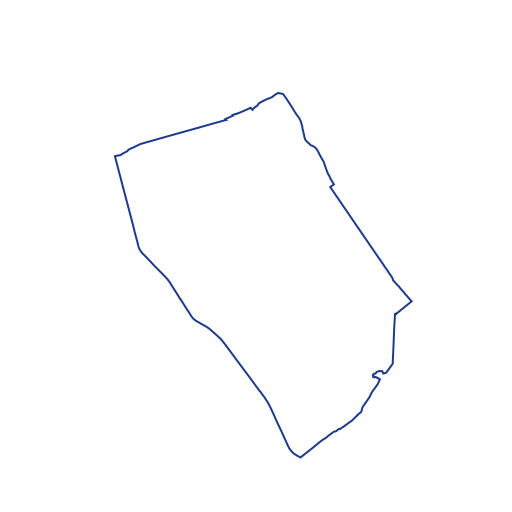 Hillegom, Zuid-Holland, Netherlands, rotated 119°
{"feature_id": "6326949B57976108434899", "entity_name": "Hillegom", "entity_type": "district", "adm_level": 2, "iso_a3": "NLD", "parent_name": "Netherlands", "parent_adm1": "Zuid-Holland", "projection": "mercator", "projection_center": [4.578, 52.295], "detail": "fine", "context": "isolated", "style": "outline", "palette": "blue", "viewbox_px": 512, "rotation_deg": 119, "n_neighbors": 0, "source": "geoboundaries", "source_scale": "gbopen_adm2", "svg_char_len": 5794}
<svg xmlns="http://www.w3.org/2000/svg" viewBox="0 0 512 512"><g transform="rotate(119 256 256)"><path d="M196.8,150.5L196.3,151.5L189.8,164.5L159.7,224.5L155.6,222.6L152.1,228.6L151.3,229.6L150.6,230.5L150.3,230.9L149.8,231.8L149.0,233.2L148.8,233.5L148.7,233.6L148.5,233.8L148.2,234.1L147.2,235.3L145.7,237.1L143.5,239.5L141.1,242.1L140.7,242.7L140.3,243.2L139.6,244.4L138.5,246.4L137.1,248.5L136.9,248.9L136.5,249.6L134.7,252.1L134.4,252.6L134.0,253.2L133.7,253.7L133.2,254.9L133.0,255.4L132.8,255.7L132.6,256.2L132.4,256.9L132.3,257.5L132.3,257.9L132.3,258.1L132.3,258.4L132.3,260.0L132.4,260.6L132.5,261.1L132.5,261.7L132.5,262.3L132.3,262.9L132.1,263.5L131.8,264.5L131.6,265.4L131.4,266.3L131.2,267.2L131.2,267.4L130.9,268.0L130.7,268.5L130.4,269.1L130.1,269.7L129.2,270.5L128.7,271.2L127.9,271.8L126.9,272.5L126.4,273.0L126.0,273.5L123.5,275.7L121.4,277.6L120.7,278.1L120.1,278.5L117.2,281.4L116.3,282.4L115.4,283.7L114.1,285.8L113.4,287.4L112.1,290.1L111.5,291.3L109.5,294.9L109.2,295.3L109.0,295.6L108.5,296.6L107.5,298.4L107.0,299.4L105.7,301.8L104.5,304.2L103.6,305.7L102.7,307.7L101.5,310.3L101.3,310.6L101.3,310.8L101.3,311.0L101.3,311.3L101.6,312.2L101.9,313.1L102.1,313.9L102.3,314.0L102.5,315.6L104.5,316.7L105.3,317.3L106.1,317.7L108.0,318.5L108.4,318.6L109.2,319.0L110.3,319.8L110.6,320.0L113.4,322.4L116.4,324.5L117.9,325.6L118.7,326.0L120.5,327.2L121.0,327.4L121.1,327.5L121.3,327.6L122.1,327.6L123.2,327.7L123.6,327.8L124.5,328.0L125.5,328.6L126.2,328.9L126.7,329.2L127.5,329.4L128.3,329.7L128.7,329.8L129.1,329.8L129.3,329.8L129.7,329.8L129.8,329.8L129.6,331.4L129.4,331.7L128.9,332.5L130.3,333.6L132.9,335.4L133.9,336.2L135.5,337.4L136.5,338.2L137.9,339.3L139.4,340.5L140.5,341.3L140.4,341.5L141.8,342.6L142.1,342.9L142.0,343.1L142.9,343.8L144.1,344.8L144.4,344.2L145.3,344.8L151.1,349.2L151.5,348.0L152.6,349.2L155.7,352.4L163.7,360.5L181.3,378.3L187.2,384.3L198.8,396.0L212.0,409.3L213.5,410.8L214.0,411.3L214.5,411.7L215.2,412.2L216.1,412.8L220.5,415.9L224.6,418.9L225.1,419.1L225.4,419.1L225.6,419.2L226.5,419.3L226.9,419.5L227.1,419.6L227.4,419.8L228.2,420.4L231.8,422.7L232.7,423.0L233.1,423.2L233.3,423.3L233.5,423.5L233.9,424.0L234.2,424.4L234.6,424.9L234.9,425.3L237.1,427.8L259.0,406.9L287.5,379.6L288.1,379.0L288.4,378.7L290.4,376.9L290.7,376.5L291.2,376.1L292.4,375.0L293.1,374.4L294.5,373.1L294.7,372.9L295.0,372.6L295.5,372.1L296.2,371.5L296.9,370.8L297.6,370.1L298.3,369.4L300.3,367.5L300.8,366.9L301.4,366.4L302.1,365.8L302.5,365.4L302.9,365.0L303.3,364.6L304.1,364.0L304.6,363.5L304.8,363.3L305.1,363.0L305.5,362.5L305.7,362.3L305.8,362.0L306.0,361.8L306.2,361.5L306.4,361.3L306.7,360.8L306.9,360.5L307.0,360.4L307.7,359.1L307.9,358.6L308.0,358.4L308.1,358.2L308.6,356.9L308.7,356.6L308.9,356.3L309.0,355.6L309.2,355.2L309.5,353.9L309.9,352.4L310.1,351.8L310.5,350.4L311.0,349.0L311.2,348.4L311.5,347.4L311.7,346.5L311.9,346.2L312.0,345.7L312.1,345.4L312.2,345.0L312.7,343.7L312.9,342.9L313.1,342.4L313.3,341.8L313.5,341.2L313.8,340.3L314.0,339.5L314.3,338.5L314.6,337.5L314.7,337.0L314.8,336.6L315.1,335.7L315.3,335.0L315.5,334.2L315.9,333.1L316.7,330.1L316.9,329.5L317.1,329.1L317.2,328.6L317.4,328.0L317.6,327.4L317.8,326.6L318.0,325.9L318.2,325.3L318.7,323.8L319.1,322.5L319.2,322.3L320.6,319.1L323.7,313.5L328.7,304.3L328.9,304.0L329.4,303.1L329.8,302.5L330.1,301.9L330.6,301.0L330.5,300.9L330.8,300.3L331.8,298.5L332.6,297.0L334.1,294.3L334.6,293.4L335.4,291.8L335.8,291.2L338.6,285.8L339.4,284.5L340.2,283.0L340.6,282.2L340.9,281.2L341.1,280.8L341.3,279.9L341.4,279.5L341.5,279.0L341.5,278.9L341.6,278.4L341.7,277.7L341.7,277.3L341.8,277.0L341.8,276.6L341.8,275.5L341.8,274.0L341.9,270.8L341.9,269.4L341.9,269.2L341.9,267.2L341.9,266.1L341.9,265.7L341.9,265.2L342.0,264.0L342.1,263.0L342.1,262.7L342.2,261.8L342.4,260.7L342.6,260.0L343.1,257.6L343.9,254.1L344.2,252.5L345.6,246.8L347.3,242.5L349.5,237.4L351.0,234.3L351.0,234.2L351.3,233.7L351.6,232.9L360.5,213.3L364.7,203.9L371.9,188.3L372.6,186.3L373.2,185.2L373.8,184.0L373.9,183.6L374.1,183.2L374.8,181.6L375.9,179.2L376.5,178.2L377.1,177.1L377.4,176.5L377.8,175.7L378.4,174.6L379.1,173.6L379.7,172.5L380.1,171.9L380.6,171.2L381.2,170.4L381.3,170.2L381.7,169.6L382.2,168.9L382.7,168.2L382.8,168.1L387.0,162.4L389.4,159.3L391.7,156.2L395.6,150.7L403.6,139.9L405.6,137.3L408.1,133.7L409.0,131.6L410.0,129.1L410.4,127.2L410.6,125.1L410.7,122.8L410.6,119.4L396.8,113.6L386.7,109.6L383.8,108.2L383.3,107.9L382.2,107.2L380.9,106.6L377.3,105.2L374.9,104.0L374.4,103.9L374.1,103.7L372.5,103.0L372.2,102.9L371.8,102.6L371.5,102.4L371.3,102.1L371.2,101.8L370.8,101.3L370.1,100.9L367.3,99.8L367.1,99.6L366.9,99.3L366.5,98.7L364.4,97.5L363.2,96.9L362.1,96.3L360.9,95.8L358.5,94.7L357.3,94.2L356.1,93.6L354.0,92.5L352.5,92.0L351.8,91.8L349.7,91.2L347.2,90.4L346.0,90.0L345.9,90.2L345.5,90.0L344.4,89.6L343.9,89.5L343.2,89.2L343.0,88.9L341.5,88.6L340.8,88.5L340.2,88.6L337.8,89.3L336.5,89.5L333.3,89.2L328.6,88.7L326.6,88.5L324.5,88.3L322.5,88.4L319.4,88.6L316.8,88.4L315.5,88.2L308.9,87.4L303.7,87.9L303.9,90.3L303.6,90.4L304.0,93.8L304.6,94.0L304.9,93.9L305.1,94.6L305.0,94.8L304.9,94.9L304.8,95.0L304.7,95.0L304.0,95.5L303.6,95.8L303.4,95.9L303.4,96.0L303.2,96.0L302.9,96.1L302.7,96.1L302.4,96.0L302.3,95.9L302.2,95.9L300.6,94.5L300.6,94.4L298.9,94.3L296.6,92.1L296.7,91.9L295.5,89.7L297.1,87.8L295.2,85.6L290.4,85.0L284.0,84.2L266.7,92.8L252.0,100.2L239.3,106.3L238.9,106.0L238.1,105.4L238.4,105.2L237.7,105.0L236.8,104.6L232.8,103.0L224.4,99.6L220.2,97.9L219.7,99.2L218.9,101.6L218.0,104.0L217.1,106.6L216.4,108.3L215.1,111.9L214.6,113.3L213.9,115.1L213.3,116.6L213.1,117.2L212.9,118.0L212.5,119.1L212.1,120.4L210.7,124.5L209.5,125.5L208.0,128.1L206.6,130.9L205.0,134.0L203.6,136.9L202.4,139.3L201.1,141.8L199.7,144.7L197.8,148.4L196.8,150.5Z" fill="none" stroke="#1e3a8a" stroke-width="2"/></g></svg>